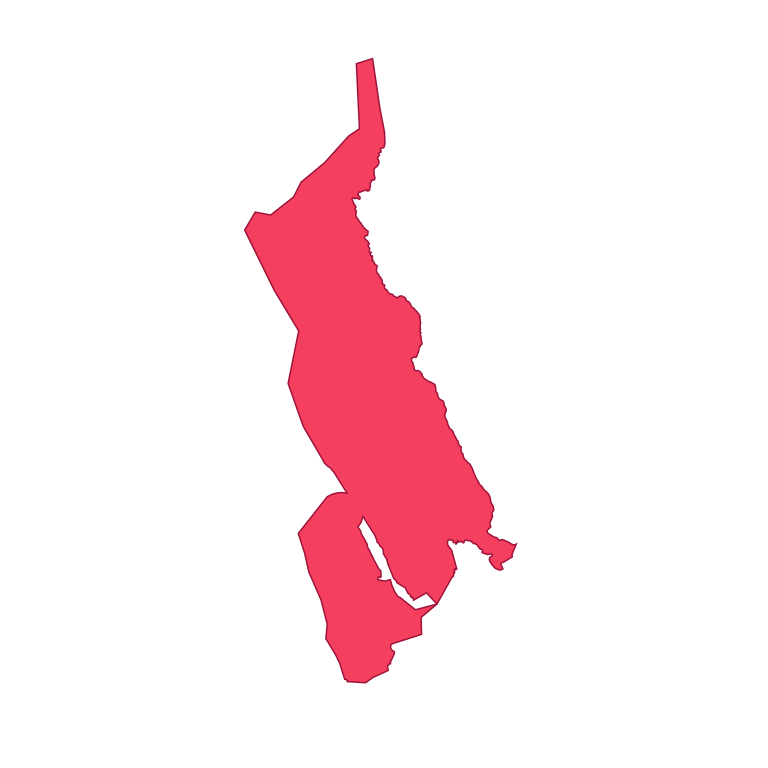 the district of Bláskógabyggð, Suðurland, Iceland, rotated 300°
{"feature_id": "244011B85102906551816", "entity_name": "Bláskógabyggð", "entity_type": "district", "adm_level": 2, "iso_a3": "ISL", "parent_name": "Iceland", "parent_adm1": "Suðurland", "projection": "albers", "projection_center": [-20.271, 64.468], "detail": "fine", "context": "isolated", "style": "filled", "palette": "rose", "viewbox_px": 768, "rotation_deg": 300, "n_neighbors": 0, "source": "geoboundaries", "source_scale": "gbopen_adm2", "svg_char_len": 6172}
<svg xmlns="http://www.w3.org/2000/svg" viewBox="0 0 768 768"><g transform="rotate(300 384 384)"><path d="M109.1,503.3L116.0,517.4L124.2,521.1L138.1,530.9L141.0,528.4L142.0,527.9L142.5,527.9L143.0,528.6L143.8,528.5L145.1,529.5L145.7,528.4L146.3,528.7L156.1,527.7L157.2,527.0L157.4,526.4L157.4,524.6L157.6,523.7L158.3,522.2L160.3,520.7L162.7,520.6L186.0,541.7L200.5,532.8L219.9,539.9L250.5,539.5L252.4,540.3L254.6,539.2L256.0,539.5L256.5,539.3L256.6,538.6L256.8,538.4L258.7,538.2L259.0,537.6L259.4,537.8L259.3,538.3L259.6,538.5L259.3,539.2L260.2,539.5L273.5,526.1L274.5,524.3L275.3,522.1L276.6,519.5L278.8,518.0L279.8,517.7L281.9,518.1L282.2,518.4L282.1,518.9L282.2,520.1L283.0,521.4L283.0,522.0L281.5,523.0L281.5,523.9L282.6,525.5L281.4,526.3L281.8,526.7L282.9,526.7L285.2,525.9L285.3,526.3L284.4,527.7L286.2,529.2L286.3,530.8L285.9,531.4L286.1,532.1L286.6,532.5L288.8,532.1L289.5,532.4L290.2,534.6L290.9,535.6L290.8,536.6L291.5,537.3L291.2,538.0L291.1,539.5L290.5,541.3L291.4,542.3L291.1,543.6L291.7,544.3L291.4,545.0L290.5,546.0L290.2,547.2L289.1,549.7L289.2,550.1L289.8,551.4L288.9,552.9L287.4,552.9L287.0,553.8L288.1,558.9L288.8,560.0L290.1,561.0L290.3,561.4L290.1,563.5L289.6,563.8L287.0,562.5L285.9,562.4L284.3,563.2L283.2,564.5L282.2,566.7L281.5,567.6L280.2,571.8L280.1,573.5L280.6,577.0L281.5,578.4L283.4,579.4L286.4,575.3L287.6,575.1L290.4,577.2L298.6,581.6L299.8,580.3L300.9,580.0L311.4,578.6L310.3,578.0L309.3,575.9L309.2,575.0L309.1,572.8L309.4,571.2L308.8,568.1L308.8,566.1L308.4,564.5L308.0,563.6L306.4,562.3L306.2,561.7L307.2,559.1L307.2,558.3L306.6,556.1L306.5,554.5L306.7,549.2L307.3,547.5L308.7,546.5L313.6,547.9L314.2,547.6L315.1,546.1L316.6,545.2L323.5,544.2L324.6,543.5L325.4,542.4L326.5,541.9L329.0,542.2L330.0,542.0L332.9,539.4L334.8,536.0L339.3,532.1L341.1,529.1L341.7,527.4L342.5,523.4L344.0,520.5L344.8,517.3L345.7,515.7L346.2,515.2L347.7,512.2L349.8,509.0L355.4,502.1L357.7,498.2L357.9,495.8L358.9,493.0L359.0,491.7L359.3,490.9L360.4,489.8L360.7,489.0L362.7,487.6L363.5,485.6L364.5,484.4L365.1,484.1L366.2,483.0L367.5,482.7L368.2,482.2L368.2,480.4L368.4,479.8L371.2,477.0L372.7,473.9L373.9,472.3L375.0,470.2L376.4,468.5L376.8,468.3L378.0,465.7L378.1,464.4L378.3,463.2L379.4,461.5L380.2,460.9L380.7,459.5L382.5,458.2L384.5,455.5L385.0,454.3L387.0,452.5L389.7,451.5L391.8,451.4L393.5,450.3L395.9,446.5L397.5,445.5L398.7,443.7L398.9,443.2L398.7,441.7L398.7,440.4L399.2,438.4L399.7,437.6L400.5,436.5L402.3,435.3L403.8,432.2L405.5,431.5L408.1,429.3L408.8,428.3L409.1,427.4L408.9,426.6L409.0,423.5L408.6,421.0L408.8,416.1L409.8,413.9L410.5,412.9L411.2,412.4L412.4,410.3L412.8,408.3L412.8,407.1L411.5,404.9L411.3,404.1L411.9,402.8L413.4,401.8L417.2,397.8L417.6,396.5L418.9,395.4L420.0,395.2L422.6,396.6L422.8,397.1L422.7,398.2L423.8,398.6L430.3,397.5L432.2,396.6L436.0,396.4L437.0,396.9L438.1,396.7L440.9,394.1L443.5,392.4L445.1,390.6L446.9,390.3L448.0,388.4L449.7,388.3L450.0,387.8L451.8,386.7L454.5,385.3L455.4,385.1L456.6,383.8L457.8,383.4L458.6,382.2L460.4,381.7L461.9,379.4L463.4,375.5L463.5,373.9L464.6,372.3L464.4,370.3L465.0,368.8L465.8,367.9L467.4,365.1L467.5,363.9L467.3,362.1L467.4,361.8L469.4,359.2L469.4,358.5L468.9,357.5L469.2,356.4L469.2,355.6L469.1,355.1L467.2,353.0L465.9,352.8L465.0,352.1L465.2,350.6L465.2,348.3L465.8,346.5L465.1,343.8L465.1,343.2L465.5,341.7L466.6,340.2L467.2,336.6L468.2,335.8L469.7,335.4L470.0,334.6L469.9,333.0L470.1,332.6L472.9,330.6L474.3,328.3L475.3,325.6L476.5,323.9L476.9,322.1L479.1,320.3L482.6,319.2L483.2,318.3L482.9,316.9L483.9,315.3L483.9,314.5L485.1,313.8L484.9,312.7L485.0,311.7L486.6,311.8L487.6,310.3L488.9,310.3L489.1,309.8L488.5,308.6L488.9,307.7L489.9,307.0L491.4,307.2L491.6,306.9L491.1,305.5L491.2,305.1L494.2,303.8L496.3,300.5L496.8,300.4L497.6,301.2L498.4,300.8L499.5,298.4L499.7,296.9L500.1,296.2L500.4,294.6L500.7,294.1L502.1,293.4L503.2,294.1L504.0,295.1L504.7,295.4L508.3,293.9L508.5,293.4L508.4,292.0L509.0,290.4L509.2,288.7L510.9,285.0L511.8,283.6L512.1,282.7L512.3,281.4L513.4,279.9L515.0,276.3L517.0,274.5L518.4,274.3L519.9,273.3L520.7,272.5L520.7,271.8L521.0,271.3L521.6,270.9L522.8,271.3L523.9,270.6L524.4,268.9L525.0,268.4L524.9,267.6L526.3,266.3L527.7,264.0L528.3,263.7L529.4,263.7L529.6,264.1L529.7,265.6L531.3,267.4L531.3,268.1L531.6,268.7L531.6,270.0L531.8,270.4L532.7,270.6L534.1,269.4L534.5,267.3L535.9,266.4L537.4,266.4L537.8,266.6L538.7,267.9L541.1,269.5L542.5,271.4L543.7,271.8L542.9,273.0L542.9,273.5L544.7,274.6L545.6,273.9L546.4,274.0L547.5,273.3L548.9,273.2L551.1,271.5L552.8,272.0L554.1,271.5L554.9,271.9L555.6,273.4L557.4,273.5L561.2,270.2L564.5,268.2L566.3,268.0L568.9,269.2L572.0,269.3L574.5,268.2L575.4,266.9L575.3,266.1L575.5,265.9L577.9,265.3L579.7,265.6L581.0,264.3L581.7,264.1L583.4,265.4L584.1,265.2L585.3,263.6L585.7,263.4L586.8,263.8L588.3,265.4L589.6,265.6L591.7,264.7L592.2,264.9L602.4,258.5L621.1,242.3L660.1,211.4L647.6,199.9L592.8,235.1L581.0,229.4L545.9,221.9L517.4,211.3L500.8,212.2L473.7,201.4L468.5,186.5L447.6,186.4L410.2,242.2L387.3,283.6L336.5,300.7L306.9,335.3L288.0,368.4L285.8,371.8L284.7,376.0L284.4,380.0L283.7,381.3L282.2,385.5L271.0,406.5L268.9,401.7L266.0,397.5L262.3,394.0L258.0,391.2L211.7,384.5L197.8,399.9L183.7,412.8L165.6,437.3L162.2,440.7L147.5,455.0L134.5,460.9L125.1,477.8L119.8,485.5L108.6,497.6L109.3,499.4L107.9,501.2L108.6,501.9L108.8,502.5L108.7,503.0L109.1,503.3ZM219.9,539.9L204.2,524.1L207.1,504.9L207.0,501.9L209.7,496.8L213.7,491.3L217.7,487.3L213.7,483.3L211.5,476.6L212.1,475.9L214.3,475.7L214.4,476.1L214.3,477.3L215.7,477.9L220.7,474.5L221.2,472.1L227.3,462.3L229.0,460.1L230.0,458.2L232.8,454.4L234.1,452.0L234.9,450.9L236.3,450.1L237.2,449.0L238.4,446.8L240.4,443.9L241.7,441.2L243.5,438.7L245.4,436.8L246.9,433.0L253.1,433.3L258.8,431.9L250.0,448.6L249.4,450.2L247.5,453.0L246.6,453.8L245.8,455.2L243.6,457.2L243.4,458.9L241.6,461.8L241.1,464.4L240.8,465.1L239.7,466.3L236.6,468.5L235.0,471.2L233.7,473.9L230.3,477.1L220.3,489.9L219.9,492.6L218.4,494.5L218.1,502.5L218.3,504.0L215.5,508.4L214.8,509.0L214.8,509.9L214.1,512.6L213.4,513.2L212.8,514.4L212.9,514.9L213.6,515.0L213.5,515.7L213.0,516.0L212.6,517.0L211.6,517.7L224.4,525.2L219.9,539.9Z" fill="#f43f5e" stroke="#9f1239" stroke-width="1.5"/></g></svg>